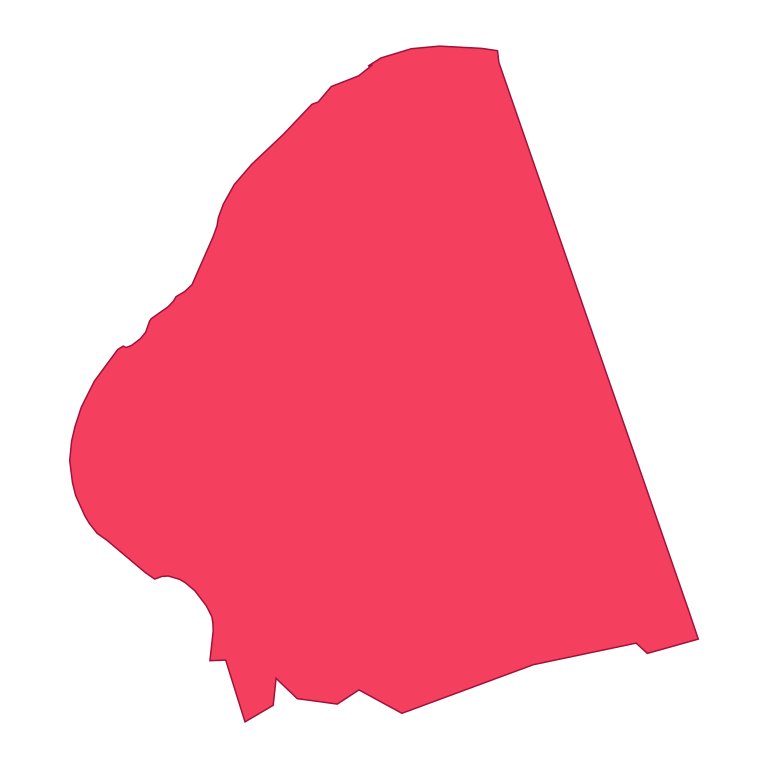 outline of Ballard, Kentucky, United States of America
{"feature_id": "52423323B48879080073221", "entity_name": "Ballard", "entity_type": "district", "adm_level": 2, "iso_a3": "USA", "parent_name": "United States of America", "parent_adm1": "Kentucky", "projection": "mercator", "projection_center": [-89.072, 37.073], "detail": "fine", "context": "isolated", "style": "filled", "palette": "rose", "viewbox_px": 768, "rotation_deg": 0, "n_neighbors": 0, "source": "geoboundaries", "source_scale": "gbopen_adm2", "svg_char_len": 962}
<svg xmlns="http://www.w3.org/2000/svg" viewBox="0 0 768 768"><path d="M497.5,50.7L482.0,48.4L439.6,46.1L411.4,48.7L381.0,57.9L368.0,66.1L372.5,64.8L358.7,75.8L331.3,86.5L318.2,102.0L311.9,104.3L283.1,134.6L252.0,164.0L234.3,184.5L223.3,204.2L218.5,217.2L216.9,226.3L212.8,237.5L192.0,284.7L184.5,291.7L176.1,296.6L173.4,301.2L168.2,306.7L151.3,318.6L149.7,320.9L145.6,332.3L140.3,338.8L131.3,345.6L125.8,347.5L123.2,346.1L117.7,349.5L94.4,381.1L87.9,394.0L81.3,407.2L75.0,426.6L71.6,441.1L69.7,460.5L72.5,482.9L75.7,495.6L84.9,516.0L89.2,523.2L97.2,533.4L107.1,540.4L145.2,572.5L154.7,579.1L161.7,576.5L168.2,576.0L179.8,579.4L185.4,582.8L194.9,590.8L206.2,605.6L211.9,616.7L212.9,623.4L213.2,631.0L209.9,660.7L225.7,660.1L245.0,721.9L273.2,705.3L276.1,678.4L297.3,698.7L337.3,704.1L358.9,689.9L401.9,713.3L533.3,664.7L636.1,643.1L647.3,653.4L698.3,639.1L688.5,610.1L607.1,375.4L498.9,62.5L497.5,50.7Z" fill="#f43f5e" stroke="#9f1239" stroke-width="1.5"/></svg>